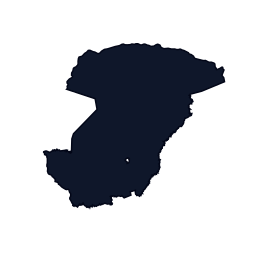 Hurungwe, Mashonaland West, Zimbabwe (orthographic projection), rotated 21°
{"feature_id": "62879985B85730198836463", "entity_name": "Hurungwe", "entity_type": "district", "adm_level": 2, "iso_a3": "ZWE", "parent_name": "Zimbabwe", "parent_adm1": "Mashonaland West", "projection": "orthographic", "projection_center": [29.665, -16.521], "detail": "fine", "context": "isolated", "style": "filled", "palette": "ink", "viewbox_px": 256, "rotation_deg": 21, "n_neighbors": 0, "source": "geoboundaries", "source_scale": "gbopen_adm2", "svg_char_len": 5894}
<svg xmlns="http://www.w3.org/2000/svg" viewBox="0 0 256 256"><g transform="rotate(21 128 128)"><path d="M104.2,220.1L105.7,220.4L105.9,219.4L106.7,219.2L107.1,219.6L108.2,219.5L109.1,219.9L109.4,219.2L109.3,218.4L109.8,217.5L110.6,217.3L110.1,216.4L110.5,216.2L111.6,216.7L112.5,216.4L112.4,215.5L112.9,215.4L112.6,214.9L112.9,214.1L114.7,215.6L115.5,216.0L116.6,215.8L116.9,216.3L117.7,216.7L117.9,216.2L118.8,216.7L118.4,216.2L118.8,216.3L118.6,215.8L119.1,215.7L120.6,216.0L120.3,215.0L120.8,215.6L120.7,214.6L121.3,214.5L121.2,214.2L121.4,214.0L121.9,214.2L121.9,213.9L122.4,213.9L122.4,213.6L122.7,213.9L122.7,213.3L123.0,213.7L123.2,213.2L122.9,213.0L123.8,212.4L124.7,213.3L125.4,212.7L125.3,212.4L126.7,212.3L126.8,211.4L127.9,210.9L128.6,209.1L129.6,209.9L130.2,209.2L130.9,208.9L130.9,208.6L131.5,208.2L131.3,208.0L132.3,207.7L133.2,206.5L136.0,206.4L138.1,205.3L138.8,205.9L139.1,205.2L139.6,205.5L139.6,205.2L139.9,205.1L139.7,204.7L140.5,204.8L140.5,204.3L139.9,204.1L139.7,203.5L138.9,203.4L138.4,201.7L138.8,201.1L138.2,200.9L138.4,200.5L138.0,200.3L137.4,199.2L137.1,199.4L137.1,198.9L136.0,198.4L136.0,198.1L136.4,197.8L136.6,198.2L137.3,197.1L137.8,197.4L138.9,196.6L139.8,196.5L139.9,196.9L140.5,196.3L141.2,196.3L141.6,196.6L142.1,196.3L142.8,194.8L143.4,194.9L144.5,194.4L145.2,194.6L146.2,194.1L146.4,193.3L149.4,194.6L154.8,189.6L152.9,186.8L157.2,183.5L157.6,184.9L158.9,187.1L159.7,187.2L160.3,187.8L160.8,187.3L161.8,187.5L162.4,187.1L163.3,187.5L163.7,186.4L163.4,186.0L163.6,185.7L164.2,186.0L164.1,183.9L165.0,183.9L164.1,182.6L165.0,181.6L164.5,180.1L165.1,180.0L165.7,178.8L165.5,178.4L165.9,178.0L165.7,177.1L166.3,176.5L166.1,175.6L166.5,175.4L166.4,174.9L166.8,174.4L166.5,174.1L167.1,173.8L166.8,173.3L167.3,173.2L167.2,172.5L167.8,171.6L166.4,170.7L167.2,169.9L166.5,169.3L166.7,167.9L167.2,167.5L167.0,167.0L167.3,166.5L167.1,165.6L168.0,164.9L167.1,164.2L166.9,163.7L168.4,163.5L168.1,163.1L168.8,163.0L168.9,162.0L169.8,161.9L169.5,161.2L171.0,161.0L170.6,160.4L170.7,159.9L172.1,159.2L171.2,158.6L171.1,158.1L171.9,157.6L171.6,156.8L171.9,155.5L171.7,154.0L171.9,153.6L171.5,153.4L171.4,152.6L170.8,152.5L170.7,151.3L169.7,150.6L170.1,150.1L169.9,149.4L170.1,149.0L169.2,147.0L169.5,146.1L169.1,146.0L168.2,146.6L168.2,145.8L167.3,144.6L167.3,143.9L166.2,142.8L166.5,142.6L166.5,141.9L165.6,141.1L165.6,140.6L166.5,139.4L166.4,138.8L166.7,138.7L166.8,138.0L166.1,136.7L166.8,136.2L166.2,135.3L167.2,134.6L166.8,133.5L166.8,132.2L167.1,131.7L168.2,131.2L168.1,130.7L167.2,130.5L167.9,128.8L166.2,128.0L166.8,127.9L167.0,126.7L167.4,126.4L167.7,126.6L168.2,126.4L168.1,125.2L168.6,125.5L169.1,125.3L169.1,125.0L168.6,124.7L169.2,124.0L169.6,124.0L169.3,121.4L170.1,120.6L170.8,120.9L171.2,120.7L170.7,120.0L171.0,119.4L170.2,119.0L169.9,118.5L170.3,118.2L170.4,117.6L171.3,117.9L171.6,117.7L171.9,116.2L171.7,115.2L173.3,115.4L173.8,114.1L173.7,112.3L174.5,111.2L174.5,110.3L175.1,110.1L175.0,109.0L176.0,107.8L177.2,107.5L177.7,106.4L177.5,106.0L178.0,105.1L177.6,104.5L178.1,104.1L178.1,103.1L177.6,101.7L177.9,100.5L177.6,98.4L178.1,98.4L179.7,96.9L180.5,95.9L180.9,94.8L182.0,94.2L182.6,93.4L182.4,91.7L181.8,92.1L181.3,91.8L181.0,92.4L181.4,92.7L181.0,92.9L179.9,92.3L179.9,92.0L180.4,91.9L179.7,91.4L179.5,90.2L178.5,88.6L178.8,88.3L178.4,88.1L179.0,88.0L177.4,87.3L177.2,86.0L176.5,85.6L176.7,84.9L176.5,84.7L177.5,82.9L178.5,82.7L178.0,82.1L178.2,81.7L178.6,81.8L178.5,80.4L179.6,79.8L178.0,79.8L178.2,79.3L177.9,78.8L177.4,79.3L177.3,78.8L176.9,79.1L176.2,78.8L175.9,78.4L176.1,78.1L175.2,77.7L175.1,77.0L174.6,77.0L175.0,75.9L174.8,75.4L174.5,75.4L174.3,75.7L173.4,75.5L173.9,74.7L173.9,74.2L183.6,67.2L201.5,50.2L199.4,46.8L196.8,45.2L196.8,39.4L195.3,38.7L194.7,37.5L194.1,37.4L193.6,37.8L192.5,39.4L190.0,41.7L189.5,41.7L189.1,40.8L187.4,39.7L186.1,37.1L185.0,36.6L182.2,36.7L179.9,37.6L176.2,37.2L174.0,38.1L165.8,39.1L164.6,38.6L163.4,37.5L160.7,36.8L158.6,37.0L157.4,36.1L152.6,35.6L150.1,35.8L149.2,35.6L148.3,35.7L147.1,36.6L145.5,37.3L143.4,37.5L140.2,38.7L136.9,39.2L133.5,40.9L132.4,41.1L130.0,40.9L128.1,39.2L125.8,39.1L124.5,40.1L122.8,42.3L121.0,43.2L120.1,43.6L117.8,43.4L116.7,43.7L114.0,43.6L112.9,43.9L110.4,46.0L107.0,45.8L105.1,46.6L104.0,47.6L101.5,48.2L100.2,49.4L97.7,50.6L95.4,51.4L93.7,51.3L92.4,52.0L90.5,54.2L86.9,56.5L80.5,61.5L77.8,63.1L75.8,65.8L75.0,67.9L74.3,68.8L73.0,69.4L69.8,69.0L68.1,69.3L64.6,69.1L63.1,69.8L62.2,72.1L60.8,73.9L59.6,77.0L59.1,77.7L56.9,79.3L56.8,80.8L57.4,83.4L58.4,85.9L58.5,87.2L57.5,89.6L56.1,91.0L55.7,91.9L56.1,94.5L55.7,96.8L56.4,99.0L57.6,99.4L57.8,99.8L57.6,101.0L55.7,103.3L54.5,106.4L55.0,107.8L56.2,108.5L56.6,109.1L56.2,110.8L57.3,112.7L56.8,113.8L86.8,112.4L92.5,121.8L79.2,152.9L79.5,158.2L84.0,171.1L83.4,171.9L83.0,171.5L82.5,171.8L82.4,171.3L82.2,171.7L81.6,171.9L81.3,171.7L81.4,171.1L80.6,171.4L79.8,171.2L79.3,171.7L79.3,170.9L78.6,171.4L78.5,170.6L77.5,171.1L77.3,171.7L77.1,171.4L72.9,173.8L71.8,173.1L70.6,174.0L70.1,173.5L69.6,174.1L69.1,173.5L68.6,174.6L67.9,174.7L68.0,175.1L67.1,174.7L66.9,174.9L67.2,175.4L66.5,176.0L65.8,175.7L65.8,176.5L65.0,177.0L64.2,178.5L63.6,178.6L63.6,179.0L62.6,179.1L61.9,178.7L59.7,178.8L59.4,179.4L59.2,179.2L58.7,179.5L57.8,180.4L57.9,180.8L59.3,181.7L59.7,182.7L61.0,182.3L61.3,182.9L62.3,183.3L63.0,184.7L63.5,185.0L65.4,190.0L65.3,190.7L66.0,192.8L66.9,193.4L67.7,194.9L68.3,197.2L69.8,199.0L70.7,199.4L73.7,199.4L74.7,200.5L76.3,200.8L77.6,201.7L78.5,201.8L79.1,204.1L82.2,203.9L83.3,205.4L84.4,205.5L87.7,206.9L91.6,207.6L92.7,207.5L94.1,206.6L95.0,206.9L96.3,208.7L98.2,210.1L98.9,212.2L98.7,214.1L99.1,215.1L100.5,216.1L102.9,218.3L103.8,218.6L104.2,220.1ZM138.6,156.3L139.4,155.8L140.4,156.4L140.1,157.0L141.1,158.2L141.1,160.3L139.9,161.3L139.4,160.0L138.4,159.9L138.2,159.6L137.5,159.6L136.9,159.1L136.9,158.3L137.2,158.1L137.1,157.4L138.3,156.1L138.6,156.3Z" fill="#0f172a" stroke="#020617" stroke-width="1.5"/></g></svg>